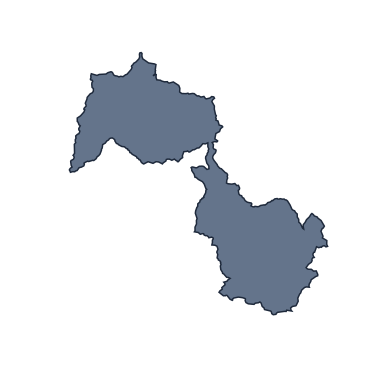 Chota, Cajamarca, Peru (orthographic projection), rotated 229°
{"feature_id": "86281439B88377451939403", "entity_name": "Chota", "entity_type": "district", "adm_level": 2, "iso_a3": "PER", "parent_name": "Peru", "parent_adm1": "Cajamarca", "projection": "orthographic", "projection_center": [-78.849, -6.383], "detail": "fine", "context": "isolated", "style": "filled", "palette": "slate", "viewbox_px": 384, "rotation_deg": 229, "n_neighbors": 0, "source": "geoboundaries", "source_scale": "gbopen_adm2", "svg_char_len": 6064}
<svg xmlns="http://www.w3.org/2000/svg" viewBox="0 0 384 384"><g transform="rotate(229 192 192)"><path d="M347.3,193.6L346.0,191.7L344.8,191.0L343.8,189.3L343.2,189.1L341.7,190.0L340.7,189.7L340.1,188.1L339.0,187.0L336.5,185.2L334.7,185.4L332.7,183.6L332.3,181.6L332.9,179.7L332.2,175.0L331.0,173.6L329.0,169.7L327.2,169.1L326.3,168.4L326.0,165.4L325.4,164.7L324.4,165.0L323.3,163.0L322.6,157.8L323.1,153.9L320.5,151.7L319.4,151.8L316.8,150.8L315.3,151.1L314.2,148.2L313.1,147.3L311.9,147.4L311.2,146.9L310.2,144.9L310.7,143.5L310.6,141.0L308.6,139.6L308.2,138.4L306.9,137.2L305.5,136.6L305.2,134.5L298.2,128.7L297.7,126.3L296.8,126.4L295.3,125.7L294.5,124.0L295.1,121.4L294.6,120.4L291.5,118.4L289.5,117.8L289.7,115.9L289.4,114.3L288.4,113.6L287.6,113.7L286.6,113.2L285.7,115.2L284.2,116.8L284.3,117.7L283.6,119.4L284.4,122.8L283.3,124.9L282.7,127.5L283.4,128.8L284.6,129.4L284.4,131.1L283.8,133.3L282.7,134.1L281.1,137.8L280.2,138.5L280.0,141.3L280.9,143.9L280.6,145.0L280.9,147.3L282.8,150.9L283.7,151.8L284.1,153.1L286.4,155.7L285.8,158.6L286.4,161.2L286.0,163.1L286.4,164.7L286.1,165.8L285.1,167.3L283.6,167.8L281.9,167.9L281.1,167.3L278.2,166.8L277.2,167.6L276.0,167.5L272.4,168.9L270.4,170.7L267.8,171.0L266.9,171.7L266.0,171.2L264.4,171.8L262.5,171.0L261.4,171.6L259.7,171.6L255.1,173.3L253.8,172.8L252.4,173.5L251.2,173.2L250.0,173.9L248.1,173.3L246.2,173.4L244.8,174.0L243.7,178.7L239.2,181.4L238.5,184.7L236.6,186.5L232.6,188.1L232.9,189.5L232.5,192.5L233.4,194.0L232.8,195.2L231.5,196.6L229.2,197.6L228.4,200.3L226.3,200.6L225.6,201.1L224.5,200.9L223.8,201.7L224.4,204.7L224.1,207.5L225.7,208.6L227.8,212.3L226.2,214.5L225.9,215.6L224.2,215.9L223.7,216.5L223.3,220.3L222.4,221.5L221.8,224.7L220.7,226.2L220.8,228.8L221.4,231.9L219.5,233.7L218.7,236.2L215.8,233.7L213.4,232.9L212.8,231.5L211.7,230.8L211.1,228.7L210.2,227.8L209.7,225.6L208.6,224.4L204.0,222.1L200.7,221.8L198.4,220.0L199.2,218.1L203.6,217.6L204.9,216.6L206.7,214.3L207.1,211.7L207.6,210.9L210.2,209.1L210.9,208.3L211.0,207.3L209.7,207.0L208.3,205.9L204.0,205.3L201.1,203.9L200.2,204.7L197.4,205.0L192.9,206.7L189.9,206.4L185.7,204.8L184.4,204.9L184.4,203.9L182.4,201.7L181.0,198.0L180.1,197.4L180.5,196.7L180.1,195.8L180.6,195.2L180.2,194.1L180.5,192.9L179.3,191.2L179.3,188.7L177.3,186.7L177.2,185.6L175.3,182.3L173.8,180.6L168.6,178.4L167.6,176.6L164.9,174.4L163.5,171.2L160.8,168.9L160.4,167.7L157.3,170.2L154.7,170.5L153.7,172.6L152.9,173.4L151.7,172.9L150.2,173.5L149.3,174.6L147.7,175.0L146.4,174.7L145.0,177.3L143.2,177.8L142.5,177.0L142.3,175.8L140.4,174.2L139.0,172.2L136.9,174.3L134.8,175.3L131.8,174.1L130.4,171.3L127.9,170.4L125.8,167.7L124.4,167.8L123.4,167.3L122.0,167.9L120.1,167.6L119.8,166.9L118.4,166.5L117.5,164.8L114.5,162.8L111.4,162.3L110.5,161.7L109.4,162.2L104.9,162.2L103.6,163.4L101.8,164.1L102.1,161.5L101.7,159.8L103.1,156.8L101.5,156.8L100.3,156.0L100.3,151.8L98.8,151.0L99.1,148.4L98.6,146.6L93.1,147.6L91.7,149.3L91.7,150.0L90.9,150.6L86.2,150.3L83.8,151.3L83.8,151.8L84.6,152.3L84.5,154.1L82.3,158.0L79.1,160.8L76.7,162.2L76.1,162.1L75.1,160.8L73.1,160.2L70.7,161.1L66.5,165.1L66.6,166.8L64.8,169.5L64.5,171.1L62.8,171.3L59.6,169.9L57.2,170.3L55.7,169.6L50.5,173.3L49.7,173.3L47.8,172.4L46.1,172.8L44.6,175.1L45.1,176.1L45.0,177.7L41.3,183.4L40.1,184.7L40.7,185.9L36.7,189.2L38.1,189.3L39.8,190.4L39.7,192.8L38.0,195.7L38.1,196.3L39.9,200.5L42.5,202.2L44.4,206.4L44.5,207.8L46.0,210.3L46.1,214.4L45.3,216.1L43.2,218.1L44.1,218.4L45.6,220.0L46.5,222.8L47.6,224.4L47.0,230.0L46.3,231.9L47.2,232.8L50.9,234.0L52.6,231.8L55.3,231.4L57.5,229.0L58.7,228.5L60.1,228.5L61.0,232.5L60.7,236.0L61.4,237.6L62.6,238.4L63.1,239.9L62.4,241.3L64.3,241.6L65.8,242.5L66.6,244.3L66.1,245.0L69.0,250.1L66.8,251.1L66.0,253.0L65.3,253.5L65.6,254.4L65.2,255.7L64.5,256.7L62.7,257.1L62.0,258.7L64.1,259.3L66.9,261.9L71.8,260.3L72.7,261.9L77.8,263.6L79.0,266.4L78.7,267.5L79.4,269.5L85.8,270.7L89.6,269.9L91.1,270.1L93.7,268.6L95.3,268.8L97.1,268.4L97.1,267.1L96.2,264.3L96.0,260.3L94.8,257.3L94.4,254.6L93.2,253.4L90.8,252.0L92.1,251.7L97.0,253.1L99.1,252.8L101.4,254.6L104.0,255.0L106.4,257.0L108.6,256.7L110.5,257.1L112.1,256.3L113.4,256.1L117.9,257.5L122.5,258.2L124.0,258.0L124.9,257.2L126.3,256.9L127.1,255.7L129.2,254.1L129.4,253.2L130.4,252.1L131.2,252.0L132.5,249.9L132.5,247.2L133.1,246.9L133.1,244.6L134.3,242.2L134.0,240.6L134.3,238.4L134.9,238.1L136.9,234.8L137.1,233.1L137.8,231.9L139.9,230.1L140.0,229.1L141.0,228.2L142.9,227.4L143.7,229.3L144.8,229.5L147.9,227.1L150.6,226.4L153.4,227.0L154.8,226.4L156.7,227.0L157.9,226.1L159.8,226.1L162.9,228.0L162.8,229.3L163.7,230.5L166.6,231.4L167.5,230.0L170.3,229.9L171.8,227.2L174.6,224.6L176.1,223.9L178.3,226.3L179.1,228.0L180.8,228.9L181.3,229.9L182.0,230.3L183.3,230.5L184.9,229.8L190.3,229.4L191.8,228.5L195.0,228.5L196.2,229.0L201.5,229.3L204.1,229.9L205.3,231.2L206.0,233.1L206.2,235.4L207.4,237.3L208.4,237.7L209.7,236.8L211.5,236.9L213.6,239.2L216.1,239.7L215.4,241.9L213.5,243.6L213.5,244.5L213.8,244.9L217.1,244.1L220.5,248.4L219.6,252.5L221.0,255.0L221.0,257.9L222.3,258.0L224.7,256.4L228.5,258.2L230.6,257.2L231.5,258.4L232.6,258.6L233.6,260.4L234.9,260.5L239.9,263.2L242.2,265.3L247.2,266.3L248.0,268.1L248.0,270.5L249.5,270.8L251.1,269.5L251.2,267.1L252.9,263.9L253.7,263.5L256.3,263.7L257.8,261.0L260.1,260.2L261.1,258.9L264.8,258.2L266.1,257.0L268.0,253.9L269.2,253.8L270.1,252.1L273.0,248.9L275.6,248.3L278.3,250.9L281.1,251.9L287.3,250.1L289.2,246.2L290.2,245.7L291.4,245.8L293.2,243.5L296.0,241.7L296.9,241.6L299.8,239.0L302.2,240.1L304.1,242.0L304.9,241.1L304.9,239.9L305.4,238.9L305.3,241.4L305.8,242.5L306.9,243.0L307.4,244.1L308.2,244.3L311.8,248.4L313.3,247.7L317.9,243.9L324.8,242.2L327.4,243.3L329.4,245.2L330.6,245.1L331.2,243.9L330.6,242.8L328.2,241.0L327.3,239.3L326.9,234.8L327.4,232.3L326.8,230.8L326.9,229.5L326.5,228.7L325.3,228.4L324.4,226.6L323.5,220.2L324.1,218.6L324.3,215.6L326.1,214.1L326.8,212.4L328.7,211.5L330.2,210.2L331.7,209.7L334.5,210.4L335.9,209.8L337.2,206.9L337.5,204.4L341.6,199.1L342.3,196.8L347.3,193.6Z" fill="#64748b" stroke="#1e293b" stroke-width="1.5"/></g></svg>